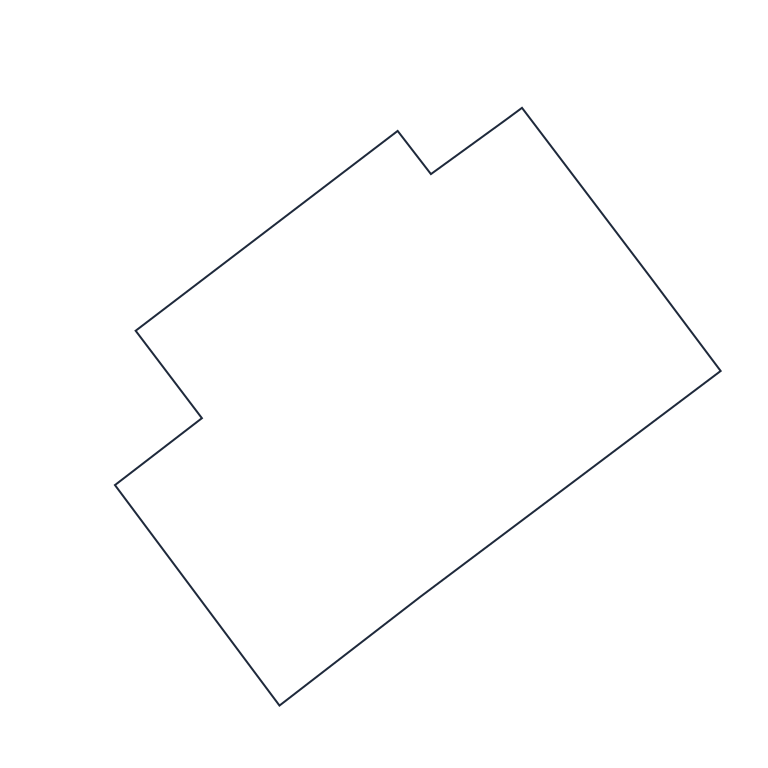 outline of Calhoun, Mississippi, United States of America, rotated 233°
{"feature_id": "52423323B64202112169449", "entity_name": "Calhoun", "entity_type": "district", "adm_level": 2, "iso_a3": "USA", "parent_name": "United States of America", "parent_adm1": "Mississippi", "projection": "albers", "projection_center": [-89.309, 33.942], "detail": "fine", "context": "isolated", "style": "outline", "palette": "slate", "viewbox_px": 768, "rotation_deg": 233, "n_neighbors": 0, "source": "geoboundaries", "source_scale": "gbopen_adm2", "svg_char_len": 322}
<svg xmlns="http://www.w3.org/2000/svg" viewBox="0 0 768 768"><g transform="rotate(233 384 384)"><path d="M465.2,108.3L190.1,107.0L192.2,285.0L191.9,477.5L191.8,660.7L310.5,661.0L521.5,660.4L521.7,639.8L523.4,547.8L577.9,547.2L576.0,217.7L466.3,218.0L465.2,108.3Z" fill="none" stroke="#1e293b" stroke-width="2"/></g></svg>